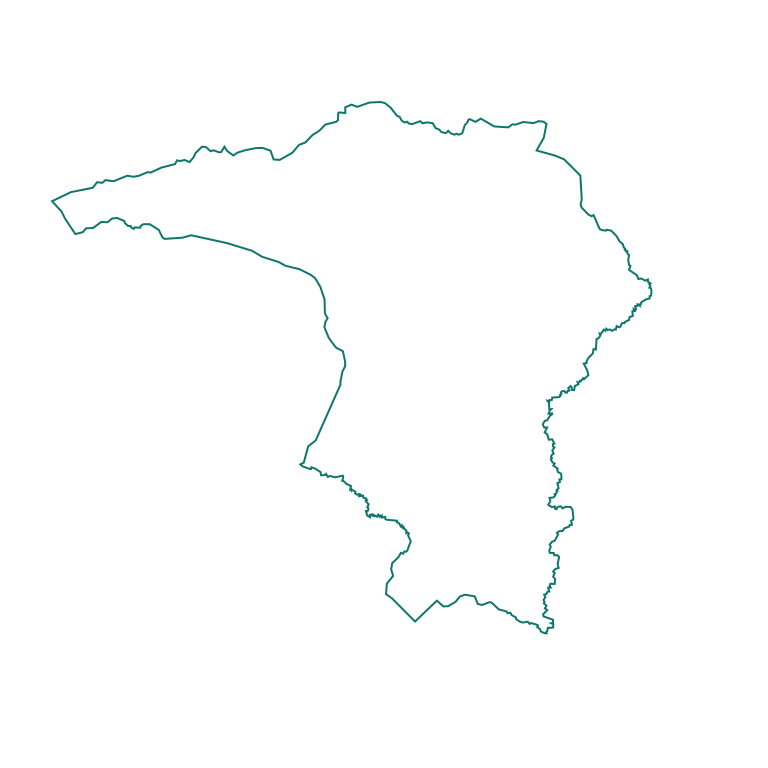 Solwezi, North-Western, Zambia (Albers equal-area conic projection), rotated 347°
{"feature_id": "96606910B85168359517007", "entity_name": "Solwezi", "entity_type": "district", "adm_level": 2, "iso_a3": "ZMB", "parent_name": "Zambia", "parent_adm1": "North-Western", "projection": "albers", "projection_center": [26.494, -12.304], "detail": "fine", "context": "isolated", "style": "outline", "palette": "teal", "viewbox_px": 768, "rotation_deg": 347, "n_neighbors": 0, "source": "geoboundaries", "source_scale": "gbopen_adm2", "svg_char_len": 6166}
<svg xmlns="http://www.w3.org/2000/svg" viewBox="0 0 768 768"><g transform="rotate(347 384 384)"><path d="M360.8,622.4L386.8,607.0L391.8,614.1L396.5,614.9L404.6,612.4L410.4,608.0L415.9,607.6L424.7,611.4L425.9,619.4L429.9,621.4L437.3,620.3L439.6,621.1L445.2,629.5L452.3,633.2L452.8,635.1L455.7,635.3L456.3,637.8L460.0,641.2L459.7,642.5L462.9,646.1L465.8,647.7L470.6,647.9L471.9,650.5L473.3,649.9L479.1,653.1L479.7,654.0L478.6,655.2L480.8,657.8L481.2,660.5L484.3,662.9L486.3,663.5L486.0,662.3L487.5,661.6L488.7,658.5L494.0,659.4L494.9,656.2L493.1,654.7L495.0,654.7L495.6,651.7L487.3,646.4L487.2,644.2L492.2,641.0L490.3,638.8L492.4,636.5L490.4,633.7L491.4,632.5L490.9,630.3L493.3,628.0L492.7,625.2L494.9,625.2L496.5,623.2L498.4,623.4L498.2,619.3L500.6,619.8L500.1,617.6L501.2,616.1L505.3,617.2L506.9,612.7L505.5,609.6L507.8,606.7L506.6,604.8L509.3,602.8L512.8,602.5L512.7,598.4L515.7,592.0L514.5,589.8L511.3,589.2L511.4,586.9L507.5,585.8L507.5,583.7L509.9,580.0L509.3,577.7L512.2,575.5L515.1,575.1L519.8,569.9L518.9,568.2L519.6,567.6L522.6,566.7L524.8,567.5L527.2,565.2L532.6,564.5L533.2,563.1L535.5,563.4L535.5,559.3L537.9,558.6L538.4,557.3L539.4,548.8L538.2,545.8L533.2,544.5L530.1,545.4L528.9,543.1L527.0,542.7L525.0,543.2L524.0,544.8L522.6,544.0L522.9,541.7L519.9,541.7L516.9,538.8L519.8,535.2L519.7,532.2L523.8,532.6L525.9,531.1L525.4,529.8L527.5,529.3L528.1,527.0L528.9,527.0L528.5,526.1L530.7,524.8L530.6,519.7L533.3,519.1L533.5,516.4L535.4,516.8L536.3,512.9L536.2,511.0L533.8,509.1L533.4,506.4L534.2,505.4L530.6,501.6L532.4,499.9L530.5,498.2L529.6,495.0L531.0,494.0L530.2,492.7L531.6,490.8L533.6,490.1L533.1,486.5L535.8,484.1L534.5,482.7L535.1,480.6L536.6,480.4L535.5,475.8L532.0,475.3L531.8,469.9L529.7,467.3L533.1,463.0L530.3,462.5L529.6,459.0L532.4,456.1L534.7,456.1L538.7,452.2L541.1,451.3L541.1,450.4L537.7,450.0L539.4,447.2L541.3,446.1L539.4,445.7L540.5,439.7L539.6,437.2L541.2,438.1L541.5,436.9L543.9,437.3L544.9,435.1L551.8,436.2L553.4,435.2L553.0,434.3L554.6,433.5L554.4,432.1L555.6,431.1L558.3,431.5L558.9,433.3L560.3,433.6L561.4,432.1L562.9,432.1L562.6,429.4L565.4,428.0L566.2,429.3L565.5,431.9L567.8,432.8L569.6,428.8L573.4,428.0L573.1,426.1L573.8,426.7L575.5,425.0L576.3,425.7L578.2,424.0L579.6,424.3L579.7,423.2L580.7,423.8L585.1,421.4L585.1,416.4L583.2,409.1L586.1,409.2L586.2,407.8L589.0,404.6L594.4,401.2L596.0,397.1L598.2,398.1L601.3,387.8L603.1,387.8L605.8,385.4L605.4,383.3L606.7,383.8L610.6,380.5L611.8,382.0L613.1,380.2L614.0,381.6L616.7,381.8L618.3,383.6L621.1,382.5L622.1,383.1L623.7,379.9L625.7,381.7L627.0,381.5L629.5,378.3L632.1,378.7L632.8,377.7L637.2,376.7L638.3,374.0L641.7,373.7L642.4,369.0L644.1,369.2L644.2,367.3L645.4,368.9L646.4,367.7L646.1,364.7L648.3,364.9L648.9,363.4L650.9,365.3L650.8,363.9L652.4,363.8L653.0,362.3L658.0,360.5L662.0,360.4L662.7,358.1L664.2,357.9L665.7,352.7L665.4,350.1L664.3,349.8L665.6,347.9L664.9,346.5L666.3,345.8L664.3,344.0L664.6,341.5L661.8,342.1L658.4,339.1L655.5,338.9L654.9,335.0L648.4,327.9L650.7,324.3L649.6,323.4L649.8,318.3L651.8,313.5L650.6,311.9L650.9,309.2L649.9,309.5L648.8,307.1L649.5,306.6L648.2,304.4L648.3,301.8L645.5,297.8L643.9,292.3L639.9,285.7L635.7,283.8L634.8,284.5L631.3,283.2L629.0,281.5L626.2,266.6L624.0,267.2L621.3,264.9L616.3,256.6L615.9,253.4L618.2,248.6L622.2,225.1L610.1,205.7L601.9,199.8L585.2,190.8L595.1,180.0L600.9,167.0L598.4,164.3L593.9,162.7L588.2,163.4L578.5,160.0L570.7,160.9L567.4,159.9L563.0,161.9L558.7,160.7L549.3,157.8L538.0,147.2L532.2,149.2L527.2,145.3L525.6,145.6L524.0,148.0L521.0,149.9L516.7,157.3L513.0,157.9L511.0,156.5L508.7,156.9L505.4,154.7L503.5,151.8L500.7,153.5L496.6,151.4L494.9,148.4L491.9,146.4L490.1,140.8L484.8,138.8L480.2,138.6L478.4,136.1L469.8,137.1L466.6,135.6L465.6,133.7L462.8,133.8L460.5,131.4L459.4,127.3L457.0,125.6L452.6,116.2L448.2,110.6L444.3,108.5L433.2,106.5L420.2,107.9L415.2,104.5L408.5,105.7L407.2,111.3L401.6,109.3L400.3,109.8L398.6,116.4L396.7,117.7L385.1,118.1L378.1,122.6L370.2,125.4L361.7,131.0L355.0,131.9L346.7,138.1L332.8,142.2L327.0,140.4L325.9,131.1L318.7,126.6L311.9,125.3L301.4,125.0L293.4,125.6L288.6,127.4L283.7,121.8L281.9,116.9L277.7,121.3L275.5,121.2L270.4,117.9L267.4,118.2L263.8,113.1L260.1,111.8L252.3,116.6L249.1,120.6L244.4,124.0L240.0,120.8L235.3,120.9L232.7,119.5L229.9,122.7L215.6,123.1L204.2,125.5L201.3,124.4L191.7,126.0L186.5,125.7L180.6,123.3L166.1,125.6L158.4,122.7L154.9,124.6L149.8,122.9L144.3,127.3L122.2,126.6L101.7,131.2L108.6,143.4L110.5,151.3L117.0,168.5L124.6,168.3L128.8,165.3L135.6,166.5L145.0,162.5L151.1,164.2L156.3,161.6L161.3,162.2L167.5,166.6L167.9,169.2L170.1,172.3L172.8,173.2L173.2,175.1L175.1,176.5L176.3,175.3L181.6,176.9L182.5,175.2L185.5,174.2L191.7,175.6L199.2,183.2L201.2,191.7L203.0,193.3L220.6,196.1L229.6,195.7L263.1,211.6L285.5,224.6L294.1,232.8L308.9,241.5L314.4,246.5L327.6,253.2L337.5,261.5L340.7,265.4L343.8,275.0L345.1,288.2L342.3,302.0L343.9,307.2L341.1,310.0L338.7,315.1L340.5,326.3L342.3,330.9L345.5,337.8L351.3,342.8L351.2,353.3L350.2,357.9L346.4,362.4L341.9,372.2L341.6,374.6L304.7,423.7L296.2,427.6L288.1,442.6L284.4,443.5L286.0,445.8L292.7,450.2L293.8,450.4L294.5,448.8L298.1,451.1L302.4,455.6L302.2,458.8L306.0,459.4L307.2,458.5L308.5,462.0L310.4,461.4L315.6,463.9L323.3,464.1L323.4,465.6L321.1,469.6L322.3,468.8L324.9,472.8L328.9,476.1L327.3,479.4L328.5,479.2L328.5,480.5L329.1,480.0L331.9,482.4L331.2,484.0L332.5,485.6L334.5,485.6L334.4,487.0L335.8,486.1L336.6,486.9L335.9,488.0L338.5,488.1L338.3,490.1L341.0,491.7L340.2,492.8L341.2,493.5L340.0,494.3L342.0,497.8L340.0,500.5L340.8,501.6L340.3,503.4L339.2,504.2L337.8,503.7L338.0,508.2L340.3,510.7L340.8,509.3L341.4,510.0L341.0,508.3L343.2,508.4L343.4,510.0L344.7,510.5L345.0,509.6L347.1,511.7L348.9,510.1L349.7,512.1L350.4,511.3L351.2,512.6L352.3,511.8L352.2,513.7L355.2,513.7L354.9,515.8L355.9,516.8L365.9,520.1L365.4,521.5L367.3,523.1L368.4,526.5L369.5,525.7L369.5,527.4L370.7,527.2L371.2,528.9L370.4,528.9L372.8,531.7L372.2,534.3L373.3,534.0L374.7,535.2L373.4,536.9L374.7,543.2L369.6,551.0L368.2,552.4L366.0,551.8L364.5,553.7L362.5,552.3L359.2,555.9L351.7,560.4L349.3,566.1L349.7,573.1L341.9,579.1L338.7,589.2L343.4,594.4L360.8,622.4Z" fill="none" stroke="#0f766e" stroke-width="2"/></g></svg>